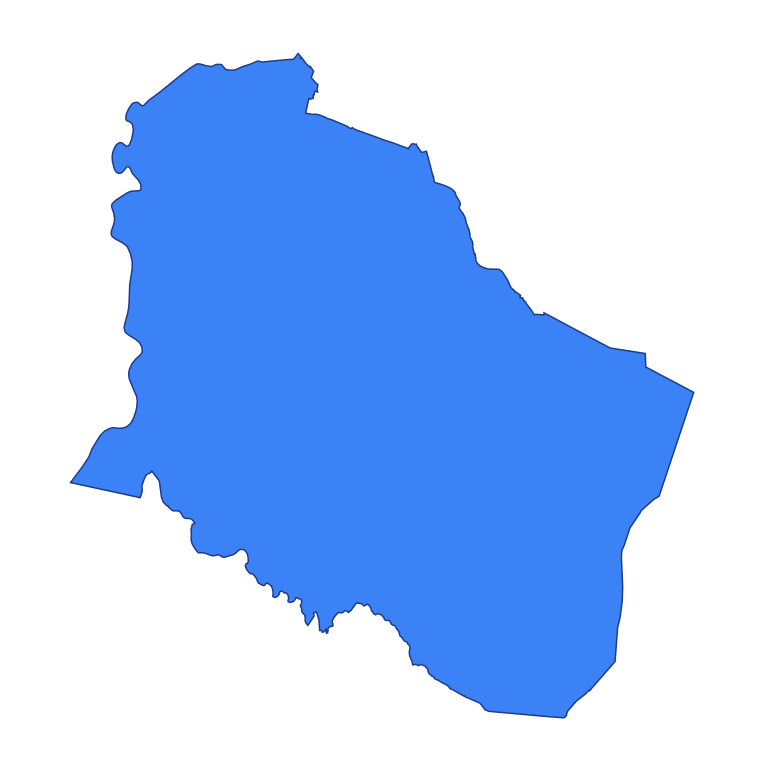 Westerkwartier, Groningen, Netherlands (Equal Earth projection), rotated 272°
{"feature_id": "6326949B76926686027911", "entity_name": "Westerkwartier", "entity_type": "district", "adm_level": 2, "iso_a3": "NLD", "parent_name": "Netherlands", "parent_adm1": "Groningen", "projection": "equal_earth", "projection_center": [6.305, 53.214], "detail": "fine", "context": "isolated", "style": "filled", "palette": "blue", "viewbox_px": 768, "rotation_deg": 272, "n_neighbors": 0, "source": "geoboundaries", "source_scale": "gbopen_adm2", "svg_char_len": 6137}
<svg xmlns="http://www.w3.org/2000/svg" viewBox="0 0 768 768"><g transform="rotate(272 384 384)"><path d="M705.1,278.2L702.6,258.5L701.5,251.8L701.5,250.9L702.4,247.4L702.3,246.4L698.7,238.5L696.3,231.7L693.1,225.2L692.5,222.6L692.3,218.0L692.6,215.9L693.1,214.7L694.0,213.6L697.4,210.7L697.7,209.6L697.5,205.1L695.6,201.5L695.3,199.9L695.8,195.1L696.8,191.7L697.4,188.7L697.3,185.6L692.7,178.9L686.0,170.6L667.6,149.5L659.3,139.0L653.8,133.9L653.5,133.2L653.7,132.4L656.9,128.0L656.7,125.5L656.0,123.6L654.8,122.1L649.7,119.0L644.9,117.1L640.1,116.7L638.3,117.5L636.8,121.4L635.3,123.0L634.0,123.6L630.9,124.4L627.1,124.5L619.3,123.1L614.3,121.3L613.0,119.9L612.7,118.8L612.8,117.9L615.4,114.4L616.1,112.6L615.7,111.0L615.0,109.6L612.9,107.6L609.4,105.9L605.7,104.8L602.3,104.4L597.2,104.8L590.8,106.6L587.8,107.9L586.0,109.6L585.3,111.3L585.3,112.7L586.0,114.5L587.3,115.8L591.9,119.3L592.3,120.3L592.0,121.5L590.6,122.8L587.0,124.4L585.4,125.5L579.9,130.8L578.1,132.1L574.6,134.0L571.5,134.4L569.4,133.8L568.6,132.5L568.0,125.5L567.1,122.7L565.6,119.9L558.1,109.3L554.8,106.2L553.3,105.6L551.3,105.7L545.7,107.8L540.3,109.0L535.9,108.8L527.1,106.2L524.6,106.0L522.7,106.7L521.4,107.9L519.7,110.3L515.9,117.9L513.0,121.9L512.0,122.8L505.5,126.0L497.6,128.1L490.4,128.3L474.1,126.4L456.8,126.4L450.8,126.1L445.3,125.3L435.0,122.8L431.3,122.3L427.5,123.2L425.8,124.6L423.6,127.8L420.2,133.9L417.3,137.7L413.9,140.0L410.9,141.1L407.6,141.1L405.9,140.4L404.4,139.3L400.2,135.0L395.6,131.5L390.2,129.2L386.8,128.5L384.3,128.5L380.0,129.3L362.6,137.3L358.3,138.0L352.1,137.7L347.2,136.8L340.4,134.6L336.3,132.5L334.3,130.7L331.9,127.7L331.3,125.9L330.7,123.5L330.5,119.8L330.9,114.2L329.6,110.6L327.1,106.4L323.7,103.2L321.5,101.5L308.9,94.4L300.8,91.6L291.0,85.6L274.5,74.2L261.9,144.3L268.7,146.2L273.9,145.6L281.1,147.8L285.2,149.9L287.3,153.9L288.8,155.0L279.7,162.5L277.4,163.2L263.7,165.4L259.4,167.0L257.8,168.0L254.5,171.6L254.1,172.5L254.3,172.6L253.0,173.4L250.3,176.7L249.9,177.9L250.0,183.4L248.3,185.4L244.7,187.5L243.4,189.0L242.8,190.3L242.7,195.4L241.9,196.9L239.2,199.1L238.9,199.8L237.8,199.4L237.3,197.7L236.5,197.1L234.9,197.0L232.9,196.3L226.6,196.7L221.8,196.6L217.9,197.7L216.6,198.4L211.7,201.7L208.8,204.3L209.1,208.8L208.2,212.7L206.7,216.7L206.4,218.6L206.6,220.9L207.5,223.6L207.3,224.9L207.0,226.0L205.6,228.1L205.2,230.3L208.3,239.5L209.9,241.7L213.6,245.5L213.7,248.9L213.2,250.4L210.2,253.0L206.3,254.2L201.5,254.6L200.2,253.6L199.2,252.3L197.8,251.8L195.9,252.2L193.2,253.7L189.9,256.7L189.7,257.9L189.8,258.9L189.0,260.1L185.1,263.4L181.7,264.7L180.8,265.4L178.3,270.2L178.6,271.7L180.4,272.9L180.9,273.7L180.4,275.5L178.6,278.0L177.2,279.0L174.5,280.0L171.6,280.5L167.6,280.3L167.3,281.6L167.0,282.0L167.0,283.1L168.1,284.8L169.1,285.9L170.5,286.7L172.7,287.0L173.5,288.5L173.1,289.9L171.8,291.6L171.6,293.9L170.7,294.7L168.8,295.8L166.7,296.2L163.6,295.6L163.1,296.1L162.5,297.1L162.5,298.7L163.7,301.3L165.4,302.7L166.7,302.9L167.3,303.5L167.4,304.1L166.6,305.6L166.3,307.5L165.6,308.6L164.2,309.4L162.7,309.4L160.1,308.3L159.1,308.2L157.2,309.5L154.7,309.6L152.8,310.3L151.7,311.2L150.3,312.9L146.8,313.5L144.7,313.4L143.5,313.8L141.9,314.7L140.1,316.3L149.6,322.2L153.0,321.7L153.7,324.4L149.1,326.2L144.5,327.4L135.4,328.3L135.4,330.7L133.9,330.8L134.1,332.6L135.9,334.0L137.7,334.8L132.9,335.2L133.0,335.4L133.5,336.3L134.5,336.6L137.6,336.6L138.3,337.0L139.9,339.1L140.1,339.7L139.9,340.9L140.4,341.4L142.6,341.2L145.2,340.4L149.2,342.3L153.2,345.4L153.9,346.7L153.9,350.4L156.2,353.1L155.8,354.8L154.4,356.4L156.7,359.0L163.8,363.8L164.1,365.3L163.6,369.3L163.0,370.4L161.7,371.2L161.5,371.8L161.8,372.7L163.5,375.1L162.5,376.5L161.2,377.7L159.6,378.7L157.0,379.3L155.7,380.7L154.4,381.5L153.3,382.9L153.1,383.7L154.4,386.0L153.6,387.7L153.4,389.3L150.5,392.0L148.5,392.8L147.6,394.6L148.1,397.0L146.1,398.9L144.1,399.8L143.2,401.4L143.0,402.9L142.2,403.9L140.1,404.9L137.0,407.5L133.7,408.4L132.6,409.0L131.0,411.1L128.1,413.1L127.5,414.2L127.2,415.7L124.7,417.1L123.4,418.7L121.1,419.3L117.3,418.6L113.1,419.1L111.5,420.0L110.0,420.4L108.8,421.4L104.3,422.5L104.2,423.2L105.1,425.7L103.7,427.8L104.1,429.2L104.9,430.4L104.8,431.8L104.0,432.8L103.9,434.9L102.4,435.6L100.7,437.8L98.7,438.0L96.0,439.1L95.4,440.3L94.1,441.4L93.2,443.6L91.1,445.1L89.7,448.7L87.8,451.9L85.0,457.8L83.4,459.6L81.9,460.5L80.8,463.4L74.8,474.9L75.2,475.4L74.2,476.1L68.7,490.3L68.2,491.1L61.7,496.7L60.5,500.4L57.3,559.7L56.7,574.8L56.9,575.8L57.6,576.8L59.1,577.9L61.9,578.4L63.7,579.1L73.6,587.1L81.2,596.1L85.3,599.6L84.6,600.1L114.7,624.6L149.0,626.0L158.5,628.0L175.6,629.7L189.9,629.6L218.7,627.3L224.0,627.4L227.0,627.9L230.3,629.4L248.9,634.9L263.2,643.9L266.7,645.7L277.8,657.3L281.4,662.8L386.4,693.8L410.1,645.1L423.6,644.0L427.7,610.0L428.1,608.2L460.7,541.4L458.6,541.4L458.9,533.7L458.4,531.8L463.9,527.9L469.3,523.4L470.9,522.7L472.2,520.6L472.6,520.9L473.5,520.4L474.0,519.5L474.8,519.7L475.1,516.8L477.3,517.4L480.4,512.9L480.4,512.5L480.9,512.1L480.7,511.6L482.5,510.5L482.3,510.2L485.1,507.3L491.7,504.2L500.2,498.4L502.7,494.8L502.5,484.7L503.2,481.6L504.3,478.2L505.5,475.7L508.1,472.9L510.4,471.6L516.9,470.7L516.6,470.0L524.6,467.6L526.2,468.1L530.0,467.1L534.6,464.5L536.3,464.8L541.4,463.5L546.9,460.9L552.4,459.5L557.4,456.9L557.7,456.3L561.6,453.5L561.6,453.2L564.2,452.8L564.7,453.6L566.0,454.0L568.6,453.4L574.7,449.4L578.0,448.4L580.0,446.4L581.7,444.1L583.4,440.4L584.7,436.9L587.4,427.2L593.3,426.1L593.2,425.8L618.1,418.3L616.7,413.6L623.3,408.4L624.8,408.0L624.6,407.3L625.1,404.8L624.9,403.4L620.0,399.9L620.4,399.7L620.9,397.6L625.4,384.3L627.7,376.0L637.4,346.2L639.2,343.3L638.3,342.5L638.1,341.4L639.7,339.1L640.7,337.1L646.3,322.4L647.2,318.5L648.7,315.6L650.5,310.4L651.0,307.9L651.2,306.1L651.0,303.1L651.9,296.2L666.9,299.0L666.1,300.0L667.1,303.4L670.4,303.2L670.4,304.0L674.3,304.7L673.5,307.5L676.8,306.7L677.7,306.8L678.7,307.4L681.3,307.3L681.0,306.8L687.6,300.6L694.2,302.7L698.7,299.3L698.1,298.9L701.1,295.3L706.8,290.7L706.6,289.1L707.6,289.9L711.3,286.6L706.9,283.5L705.7,282.4L705.1,280.7L705.1,278.2Z" fill="#3b82f6" stroke="#1e3a8a" stroke-width="1.5"/></g></svg>